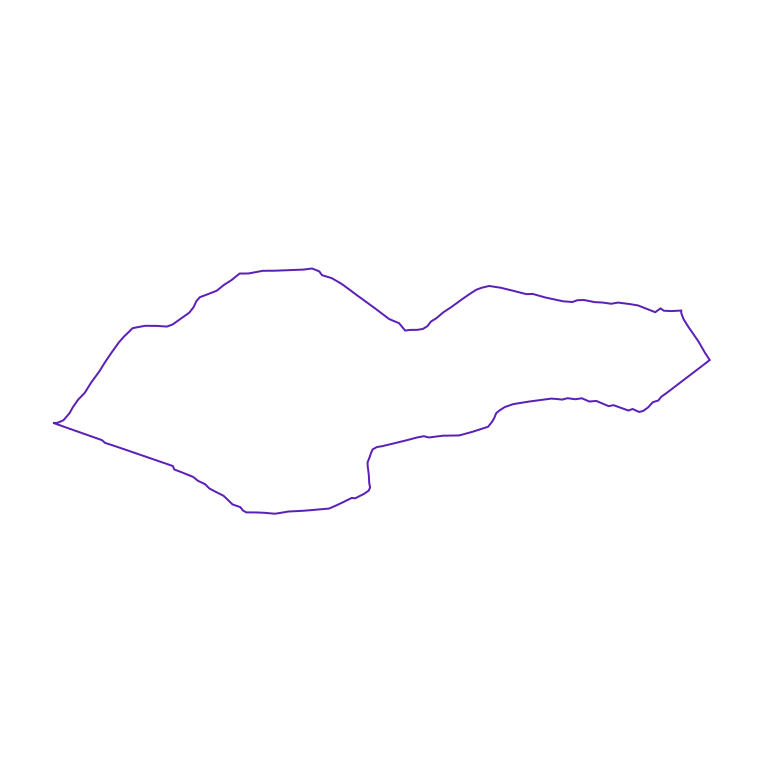 Ghadeer, South Kordufan, Sudan (Mercator projection), rotated 289°
{"feature_id": "16777658B14153516268915", "entity_name": "Ghadeer", "entity_type": "district", "adm_level": 2, "iso_a3": "SDN", "parent_name": "Sudan", "parent_adm1": "South Kordufan", "projection": "mercator", "projection_center": [31.133, 10.64], "detail": "fine", "context": "isolated", "style": "outline", "palette": "violet", "viewbox_px": 768, "rotation_deg": 289, "n_neighbors": 0, "source": "geoboundaries", "source_scale": "gbopen_adm2", "svg_char_len": 2692}
<svg xmlns="http://www.w3.org/2000/svg" viewBox="0 0 768 768"><g transform="rotate(289 384 384)"><path d="M239.5,83.8L239.1,135.6L237.5,139.4L237.7,150.0L237.7,211.0L234.9,213.6L234.7,220.0L234.0,233.9L231.9,239.6L231.0,247.6L228.4,252.8L227.3,259.7L226.1,268.6L223.6,274.1L220.8,280.0L220.8,288.2L218.5,291.8L217.8,295.7L217.9,296.0L218.2,296.8L218.4,297.5L219.0,299.1L220.5,303.7L220.8,304.5L223.4,313.2L224.5,317.9L225.9,323.3L230.3,331.5L232.2,334.9L234.9,341.6L237.8,348.8L241.3,356.8L248.0,371.8L248.4,372.7L254.9,379.7L260.4,385.3L260.9,385.7L265.8,390.6L266.5,393.9L268.0,395.4L271.3,398.6L273.4,400.7L276.3,402.8L278.3,404.3L281.2,404.5L281.6,404.5L281.4,404.6L281.5,404.6L282.2,404.2L285.7,402.2L292.7,399.4L297.1,397.3L300.8,395.4L304.5,394.0L309.4,394.2L313.8,394.2L318.4,394.5L322.1,397.8L324.4,402.2L330.7,412.1L338.3,423.9L343.9,432.2L347.6,438.6L348.1,444.0L354.3,456.5L356.9,463.8L357.4,465.1L359.9,471.9L367.1,482.5L374.2,492.0L377.4,496.3L383.2,498.4L387.6,499.3L393.0,499.6L396.7,501.9L401.5,505.7L406.9,512.5L414.7,527.0L424.7,547.0L426.1,552.4L427.3,557.6L430.3,562.1L431.9,569.9L434.9,575.7L434.3,583.9L437.1,590.2L436.2,603.6L438.7,607.9L438.5,623.7L441.3,627.2L440.6,634.3L442.9,637.8L447.8,641.3L454.3,644.1L457.8,648.8L462.2,650.3L466.3,653.3L498.4,674.7L512.7,684.2L513.5,683.2L517.6,677.8L526.5,667.6L537.5,652.7L538.0,652.1L538.2,651.8L538.7,651.2L542.8,646.2L547.8,642.0L550.2,641.1L546.5,631.9L544.4,624.8L545.5,620.8L540.2,617.1L541.0,598.7L539.5,589.9L537.2,578.8L533.8,572.6L532.3,564.6L530.0,556.5L528.5,545.7L526.2,539.6L522.8,535.4L522.2,532.8L520.6,526.9L520.3,524.7L520.0,522.3L519.7,520.0L519.4,517.3L519.3,515.9L519.2,515.8L518.3,508.1L517.6,495.4L515.3,489.3L514.2,475.9L513.0,462.8L510.9,451.5L506.8,445.0L503.0,440.4L496.6,435.4L489.8,430.4L478.8,422.7L471.3,416.9L463.0,411.9L458.4,408.1L452.8,406.2L448.6,402.7L446.0,397.7L444.0,392.1L443.9,391.9L443.8,391.6L443.7,391.2L443.4,390.6L441.4,386.6L446.4,378.5L447.1,367.7L452.0,352.7L452.4,351.6L452.5,351.3L453.2,348.9L455.9,340.1L456.9,337.0L457.7,334.3L458.3,332.2L459.9,327.0L460.1,326.4L460.2,326.2L460.3,325.9L460.4,325.5L460.5,325.2L460.6,324.8L460.7,324.7L460.9,324.1L464.8,311.6L467.1,300.0L466.7,290.0L469.4,286.1L469.8,278.4L466.0,270.7L455.4,243.4L451.6,232.6L444.4,219.9L441.4,211.5L432.5,205.9L425.7,200.5L417.8,195.5L411.8,188.5L406.1,181.6L401.6,179.7L394.4,178.9L388.0,176.6L377.8,169.3L371.4,164.7L367.6,160.0L364.9,150.0L361.3,139.3L358.3,133.9L354.9,128.1L349.6,125.5L343.6,122.4L336.8,119.7L325.1,116.2L313.7,113.1L303.5,110.8L289.9,106.6L278.2,103.9L269.9,100.0L260.5,97.3L254.1,96.2L245.4,92.7L240.8,87.7L239.5,83.8Z" fill="none" stroke="#5b21b6" stroke-width="2"/></g></svg>